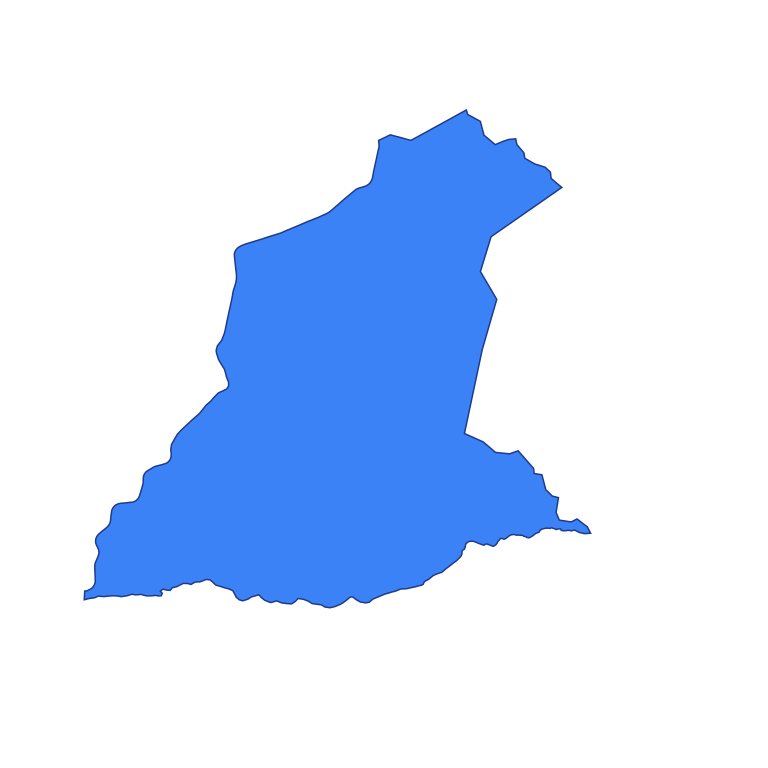 outline of Cardona, Soriano, Uruguay, rotated 105°
{"feature_id": "84410073B72451431142399", "entity_name": "Cardona", "entity_type": "district", "adm_level": 2, "iso_a3": "URY", "parent_name": "Uruguay", "parent_adm1": "Soriano", "projection": "albers", "projection_center": [-57.207, -33.843], "detail": "fine", "context": "isolated", "style": "filled", "palette": "blue", "viewbox_px": 768, "rotation_deg": 105, "n_neighbors": 0, "source": "geoboundaries", "source_scale": "gbopen_adm2", "svg_char_len": 5174}
<svg xmlns="http://www.w3.org/2000/svg" viewBox="0 0 768 768"><g transform="rotate(105 384 384)"><path d="M402.7,550.5L404.5,548.9L406.9,546.4L410.2,542.8L410.5,542.4L414.0,540.1L418.0,538.0L422.5,534.6L426.3,533.6L429.4,534.6L432.4,537.9L435.4,541.6L440.0,544.3L445.5,547.0L450.6,550.4L456.0,552.7L460.5,554.8L467.8,559.7L475.0,564.2L481.3,568.1L486.0,570.6L491.5,572.1L497.5,573.6L502.5,573.0L506.7,571.4L509.2,570.9L511.5,570.9L513.1,571.3L514.8,572.1L516.4,573.2L517.6,574.8L519.6,578.0L522.5,583.2L522.9,583.8L523.8,585.0L526.3,587.3L528.5,589.5L529.7,590.6L531.2,591.5L533.0,592.1L534.6,592.4L535.6,592.4L536.5,592.3L538.9,591.8L541.0,591.2L542.8,590.9L547.7,591.0L554.9,591.2L556.3,591.4L557.8,591.7L558.7,592.1L560.0,592.8L561.1,593.6L562.0,594.5L562.6,595.3L563.2,596.2L564.1,598.8L566.0,603.5L567.2,607.1L568.3,609.3L569.3,610.7L570.6,612.1L571.7,612.8L573.3,613.6L575.9,614.2L577.0,614.2L578.1,614.1L581.8,613.6L586.0,612.9L588.3,612.7L590.5,613.0L592.2,613.6L593.9,614.4L599.9,618.7L602.8,620.7L604.1,621.4L605.5,621.9L607.2,622.2L609.0,622.2L611.2,621.7L613.2,620.7L616.2,618.2L617.8,616.9L619.6,616.0L620.9,615.6L622.2,615.5L624.4,615.6L626.7,615.9L631.0,616.5L632.7,616.6L634.4,616.3L637.4,615.5L641.8,614.1L646.3,612.7L650.3,611.6L652.9,611.8L654.4,612.2L655.8,612.7L657.4,613.8L659.1,615.6L659.9,616.5L660.8,617.7L661.4,619.5L670.0,617.7L667.3,612.9L665.5,608.4L662.8,605.0L661.9,599.6L660.1,595.1L658.6,590.6L657.7,586.3L657.4,582.7L655.0,577.3L652.3,573.0L652.0,569.4L650.1,564.0L650.2,559.4L649.2,554.9L647.3,549.8L647.1,547.1L646.2,544.3L643.5,544.0L642.0,546.5L639.3,544.3L639.3,540.4L638.7,537.1L635.7,535.9L633.3,531.6L628.7,526.5L627.5,522.0L627.5,518.4L624.2,515.3L622.7,510.5L618.8,505.1L618.2,501.1L619.6,498.5L621.8,494.2L621.8,490.0L622.1,485.7L622.1,480.9L622.7,476.7L625.5,473.9L628.2,471.5L629.9,468.0L630.0,464.3L627.0,459.7L624.0,457.0L621.9,453.4L620.0,450.4L621.9,447.4L623.7,443.4L624.3,439.2L624.3,436.5L621.3,431.6L621.9,426.2L621.3,421.4L620.3,416.3L617.1,413.5L613.4,411.4L612.8,405.9L613.4,400.8L614.7,396.6L614.1,391.7L613.5,387.5L614.7,383.3L614.1,378.3L613.1,376.3L611.7,373.8L608.2,369.2L605.6,366.7L601.2,363.3L599.2,362.0L598.1,360.5L597.8,359.0L598.5,357.5L599.6,354.7L600.7,350.4L600.2,345.2L598.7,341.9L594.7,339.1L590.2,333.4L586.3,328.2L584.8,325.5L583.0,322.8L581.5,319.9L579.5,317.2L577.8,315.0L577.0,312.7L576.0,309.5L572.7,303.1L571.5,300.7L570.0,298.4L568.8,295.8L567.2,294.2L565.2,294.1L563.7,293.1L561.0,290.2L556.7,287.2L554.5,284.8L553.0,282.6L551.9,281.0L551.0,279.6L549.0,278.0L546.9,276.7L541.6,272.6L538.7,270.5L536.2,268.4L532.2,266.0L530.0,265.0L528.0,264.7L527.0,265.0L525.8,265.3L524.1,265.0L522.9,263.7L520.8,263.3L517.6,263.7L515.5,262.5L514.3,261.4L513.7,260.1L512.8,257.4L512.9,255.5L513.1,253.7L513.5,251.1L513.7,248.4L513.9,246.3L513.6,245.3L512.6,244.8L512.1,244.1L511.9,242.3L512.2,240.0L512.6,236.7L511.9,235.7L510.3,234.3L508.5,233.5L506.7,233.3L505.0,232.3L503.5,231.8L502.9,231.3L502.7,229.5L502.9,227.8L501.6,226.3L500.1,225.1L498.2,223.8L497.2,222.5L496.5,221.8L496.3,220.9L495.9,220.2L495.6,218.1L495.8,216.8L495.3,216.1L495.1,214.6L494.3,210.9L494.9,209.6L494.8,207.5L495.2,206.6L495.2,204.8L494.8,203.7L491.8,200.7L489.1,198.8L487.0,195.9L485.9,195.6L484.7,195.1L483.2,193.9L481.4,190.4L480.8,188.3L480.5,186.3L479.5,184.9L479.7,181.9L480.0,179.9L479.0,178.5L478.3,176.1L479.5,174.9L479.4,173.0L478.6,170.2L477.5,168.2L477.5,165.7L477.1,164.4L476.1,162.9L475.8,161.8L476.7,157.8L476.9,156.1L476.6,153.8L476.8,152.1L474.7,145.8L469.4,150.6L464.4,162.6L468.8,167.5L470.1,179.4L463.6,184.5L448.6,186.1L448.7,192.4L444.3,200.3L430.8,208.0L431.6,215.8L426.8,217.7L413.8,237.2L419.0,244.7L421.2,258.6L414.3,273.1L411.0,293.5L325.5,298.0L273.1,297.0L250.4,320.0L214.0,318.7L148.1,263.1L146.3,267.2L142.1,275.8L136.3,278.1L132.9,284.5L132.4,295.4L129.5,306.4L124.4,308.8L118.3,317.7L113.1,320.2L115.4,326.6L118.8,331.8L124.0,338.5L117.8,351.8L105.4,358.9L102.0,373.0L98.0,375.4L141.7,421.0L141.7,442.4L150.1,452.2L154.7,450.6L155.1,450.4L155.4,450.4L155.8,450.4L156.2,450.3L156.6,450.2L156.9,450.1L157.2,450.0L157.5,450.0L159.5,450.1L161.5,450.0L170.7,449.5L171.7,449.5L175.6,449.3L176.0,449.3L178.4,449.2L179.6,449.1L181.9,449.0L182.7,448.9L186.5,448.6L187.9,448.5L189.0,448.6L189.8,448.6L191.0,448.8L192.4,449.2L193.6,449.7L194.7,450.3L195.6,451.0L196.7,452.0L197.6,452.9L198.0,453.6L198.4,454.2L199.3,455.6L200.2,457.2L200.8,458.2L201.3,459.1L202.1,460.0L202.7,460.7L203.5,461.6L204.4,462.2L205.8,463.2L214.2,469.2L224.6,476.2L231.1,480.6L233.1,482.3L235.0,484.5L240.1,490.7L246.7,499.6L254.1,509.0L260.3,517.1L264.9,522.8L266.8,525.8L271.0,532.5L277.8,543.0L284.1,553.2L287.0,557.2L288.5,558.9L290.3,560.5L292.3,561.5L294.1,562.1L296.0,562.3L297.7,562.1L299.7,561.4L302.8,560.2L306.7,558.7L311.2,557.0L315.3,555.3L318.3,554.3L321.1,553.7L324.0,553.4L327.3,553.4L333.1,553.7L340.9,553.0L349.1,552.6L354.8,552.4L364.0,551.9L370.5,551.5L373.8,551.3L376.1,551.3L377.4,551.4L381.8,551.9L383.5,552.1L384.9,552.5L386.1,553.0L386.9,553.4L388.7,554.2L390.4,554.8L393.8,554.9L395.0,554.7L396.2,554.4L397.2,553.9L398.4,553.2L402.7,550.5Z" fill="#3b82f6" stroke="#1e3a8a" stroke-width="1.5"/></g></svg>